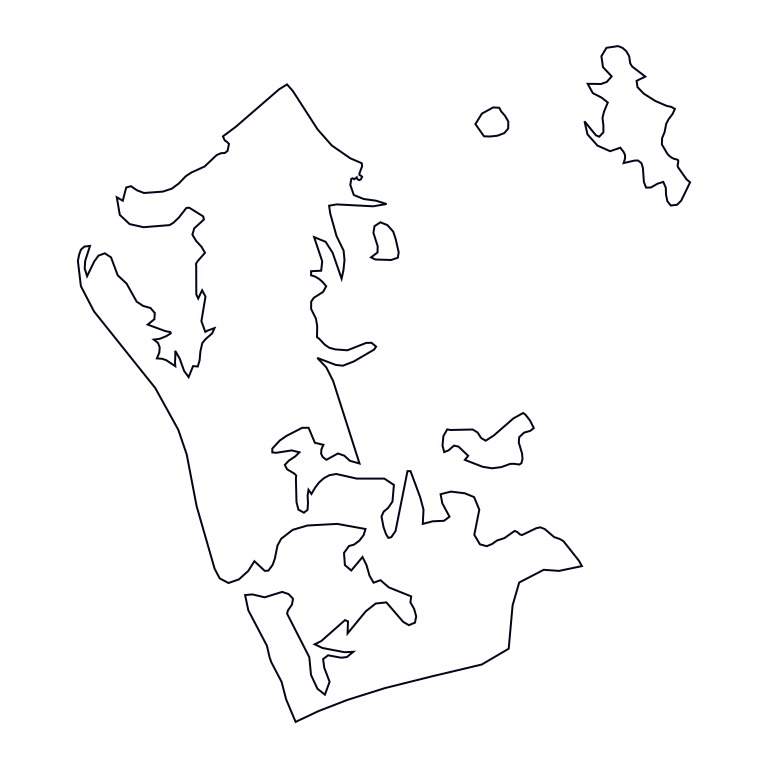 outline of Auckland
{"feature_id": "NZL-3398", "entity_name": "Auckland", "entity_type": "Unitary Authority", "adm_level": 1, "iso_a3": "NZL", "parent_name": "New Zealand", "parent_adm1": "", "projection": "orthographic", "projection_center": [174.852, -36.678], "detail": "fine", "context": "isolated", "style": "outline", "palette": "ink", "viewbox_px": 768, "rotation_deg": 0, "n_neighbors": 0, "source": "natural_earth", "source_scale": "10m", "svg_char_len": 5701}
<svg xmlns="http://www.w3.org/2000/svg" viewBox="0 0 768 768"><path d="M295.6,721.9L286.1,699.3L281.6,681.9L271.3,662.2L269.6,657.4L266.9,645.7L248.3,610.3L245.1,595.1L252.3,594.4L264.7,597.3L282.2,591.9L288.6,594.1L293.0,598.7L292.0,604.5L287.9,610.5L287.1,613.7L309.3,657.2L311.0,674.9L317.4,688.7L324.9,694.7L329.6,681.8L324.2,667.6L323.1,659.1L328.1,655.3L341.1,657.7L346.8,657.1L353.3,651.8L344.5,652.2L322.5,648.0L314.7,644.3L321.2,641.1L345.0,620.1L348.0,621.4L347.6,633.4L365.7,611.4L375.7,603.5L386.4,602.4L403.1,621.8L408.9,625.2L415.0,622.6L416.2,616.4L414.1,608.8L410.4,602.4L411.2,596.4L388.8,587.4L380.5,580.2L373.6,582.7L369.5,575.6L366.5,565.1L362.5,557.0L351.3,570.5L344.9,565.1L344.0,552.9L349.0,546.0L354.1,544.6L359.5,540.5L363.7,535.0L365.5,529.0L337.2,523.9L307.5,525.5L292.8,529.8L281.2,538.7L277.5,545.5L274.8,558.8L272.6,564.9L268.4,570.6L264.8,570.9L254.4,561.2L248.3,570.9L238.9,579.4L228.5,583.0L219.7,578.4L214.6,568.7L196.6,506.1L186.7,454.4L178.3,429.8L155.3,388.1L94.0,311.4L80.9,286.2L77.9,261.0L79.1,254.7L80.9,249.7L84.3,246.6L90.0,245.9L85.2,260.9L84.7,268.4L87.1,276.2L94.2,261.5L98.4,255.7L104.8,253.3L111.0,257.3L117.7,275.3L126.6,283.6L136.7,301.7L143.1,305.9L150.5,308.0L154.8,313.0L154.4,319.2L147.7,324.6L165.6,331.2L170.3,332.0L170.8,333.3L166.4,336.1L159.8,338.8L153.8,339.6L158.0,342.9L159.7,347.4L159.3,352.6L156.9,358.4L162.2,358.8L166.3,360.2L175.3,366.2L175.0,362.3L175.4,354.5L175.2,350.8L179.6,358.4L184.1,370.9L188.6,377.1L193.1,366.1L197.8,366.5L199.6,360.3L200.4,351.3L202.3,343.1L205.2,339.5L212.2,333.3L214.5,328.1L207.6,330.6L205.3,331.9L201.4,321.1L205.5,296.6L202.1,290.3L198.2,298.5L196.3,294.5L196.2,265.8L195.9,264.0L197.6,261.2L205.0,252.8L201.5,246.8L196.1,240.9L192.4,234.7L194.2,228.4L203.9,219.5L203.2,216.4L189.2,207.7L186.3,208.0L179.0,217.4L173.5,222.7L169.6,225.1L143.6,227.2L129.6,224.1L119.8,214.9L116.8,197.3L122.8,200.7L126.2,187.5L131.0,186.2L137.0,190.3L144.0,193.0L162.8,191.6L171.7,188.7L178.8,183.5L185.8,176.2L191.4,172.5L204.6,166.5L216.6,155.1L221.0,153.2L224.8,153.0L227.5,151.0L229.0,143.9L226.4,141.4L225.3,140.9L224.5,139.9L222.9,136.4L235.9,126.7L279.0,89.4L287.0,84.4L292.7,90.8L317.6,129.4L331.8,145.5L350.3,158.3L361.7,163.2L362.1,166.2L359.4,173.6L359.6,175.1L361.1,175.8L362.1,176.8L360.9,179.3L359.3,180.1L357.9,179.5L356.8,178.3L356.7,177.4L354.3,179.2L352.6,178.3L351.3,178.9L350.3,184.9L353.8,195.0L363.7,199.0L376.0,200.7L386.6,204.0L373.2,206.3L336.7,204.4L329.1,205.7L330.2,213.4L336.5,236.0L343.6,250.6L344.5,260.0L343.5,269.9L341.6,278.7L332.6,252.7L325.6,241.8L314.1,237.1L322.2,261.3L321.2,270.7L311.1,271.2L311.1,275.3L315.4,276.7L319.3,279.1L322.8,282.2L326.2,286.2L323.1,291.9L313.8,297.8L311.2,301.6L311.1,308.9L315.9,318.6L317.2,325.9L317.0,337.2L319.1,338.7L324.8,344.7L329.2,347.7L335.3,349.4L347.4,350.3L366.2,342.9L371.5,342.8L376.1,346.6L374.1,349.6L353.7,361.5L342.9,365.7L335.7,364.9L317.3,357.9L326.3,367.4L333.1,380.9L359.5,463.5L349.9,460.8L344.2,455.6L337.9,453.5L326.4,459.8L322.7,457.0L321.1,453.6L321.4,449.5L323.4,444.8L314.9,442.8L308.6,427.8L302.2,427.8L286.6,435.8L279.7,440.6L272.3,448.6L272.3,452.4L276.1,452.8L291.7,450.4L299.4,452.3L295.3,456.4L289.0,460.5L284.8,464.9L287.1,469.3L294.2,473.5L296.2,475.5L295.9,478.8L296.5,502.1L298.4,509.6L303.9,512.7L307.5,509.9L308.0,503.2L307.6,495.6L308.5,489.8L311.4,494.0L315.1,487.7L319.1,482.4L323.9,478.2L329.4,475.2L336.3,474.0L356.8,478.6L384.3,478.6L393.9,484.9L392.5,501.5L388.0,508.1L383.7,511.6L381.5,516.5L383.5,527.0L386.0,534.1L388.3,537.9L391.3,537.2L395.5,531.1L407.5,471.1L410.5,471.1L420.1,497.0L423.5,509.6L422.8,523.9L432.7,521.3L444.0,520.8L449.5,516.7L442.3,503.3L440.6,494.2L450.9,491.6L464.9,493.3L474.1,497.1L479.3,509.7L474.3,534.8L479.9,544.3L486.7,546.2L492.1,544.0L497.0,540.5L504.4,538.1L514.7,530.9L517.4,532.1L519.8,534.3L521.9,535.1L536.3,528.2L540.3,527.3L544.8,529.1L554.2,537.1L559.8,539.0L563.4,541.1L578.9,560.7L581.9,566.1L559.0,570.9L543.7,569.8L519.2,582.5L512.6,605.3L508.7,648.7L481.8,664.5L432.1,676.3L384.9,688.1L347.1,700.0L318.7,711.0L295.6,721.9ZM678.0,167.2L686.5,179.3L690.1,182.3L681.2,200.7L677.0,204.8L670.8,205.5L667.4,201.3L666.0,194.7L665.8,187.8L663.3,181.9L657.5,183.7L650.9,187.5L646.1,187.6L643.9,182.0L642.9,168.0L641.5,163.2L638.0,160.5L634.3,160.6L623.6,163.1L625.1,158.3L625.0,154.9L623.5,151.8L620.3,147.7L610.1,151.2L597.5,145.6L587.5,134.4L584.5,121.3L595.9,135.3L599.3,136.7L603.4,132.3L603.4,125.4L602.5,117.9L603.9,112.0L607.8,102.5L601.7,97.7L592.8,93.1L587.7,83.8L601.0,84.0L606.8,81.9L611.7,76.4L603.0,67.2L601.4,56.2L606.5,47.8L618.0,46.1L622.4,47.8L626.3,51.2L629.2,56.3L630.2,63.3L632.2,66.6L645.3,76.6L636.6,80.8L637.5,87.1L643.8,93.7L655.4,101.0L666.7,105.9L671.0,106.8L674.9,108.9L672.7,113.8L668.5,119.4L666.2,123.8L664.6,132.1L662.1,138.1L661.9,144.5L667.5,154.0L669.4,156.0L671.7,157.7L674.2,158.9L676.7,159.4L678.2,160.3L678.2,162.5L677.6,165.1L678.0,167.2ZM513.4,418.4L523.1,413.0L525.4,414.6L530.0,420.5L533.8,428.0L530.4,430.8L524.1,432.6L519.2,437.2L518.8,442.6L522.1,453.7L522.5,459.1L521.4,463.2L519.4,464.5L513.7,463.8L510.2,463.9L501.3,467.1L492.2,468.3L482.7,466.8L464.9,459.9L468.2,455.8L458.5,446.6L454.0,445.6L448.5,450.4L444.2,452.1L442.5,445.5L443.4,436.1L447.2,429.4L450.5,430.0L472.7,429.5L477.6,432.5L481.1,438.0L485.7,440.7L493.9,435.4L513.4,418.4ZM374.5,226.2L380.4,222.3L387.4,225.1L393.2,231.6L395.7,239.1L398.7,252.4L397.8,257.7L391.1,260.0L375.4,259.5L371.0,257.4L377.5,252.5L377.7,246.3L373.4,232.8L374.5,226.2ZM499.3,107.8L501.1,111.3L505.0,115.8L508.3,121.5L508.2,128.5L504.3,133.1L497.5,135.7L490.0,136.5L484.0,136.3L475.4,124.1L481.9,113.6L493.2,107.4L499.3,107.8Z" fill="none" stroke="#020617" stroke-width="2"/></svg>